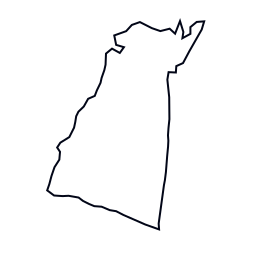 Sapucaia do Sul, Rio Grande do Sul, Brazil, rotated 84°
{"feature_id": "56859067B33945949443498", "entity_name": "Sapucaia do Sul", "entity_type": "district", "adm_level": 2, "iso_a3": "BRA", "parent_name": "Brazil", "parent_adm1": "Rio Grande do Sul", "projection": "robinson", "projection_center": [-51.141, -29.822], "detail": "fine", "context": "isolated", "style": "outline", "palette": "ink", "viewbox_px": 256, "rotation_deg": 84, "n_neighbors": 0, "source": "geoboundaries", "source_scale": "gbopen_adm2", "svg_char_len": 991}
<svg xmlns="http://www.w3.org/2000/svg" viewBox="0 0 256 256"><g transform="rotate(84 128 128)"><path d="M181.6,214.9L187.4,208.6L188.9,200.1L189.2,194.2L192.0,184.4L195.8,180.4L199.4,174.8L202.2,169.7L203.5,162.5L207.8,154.7L209.5,148.5L214.1,141.5L225.8,120.9L232.1,107.7L226.3,107.5L221.0,106.2L188.5,98.2L183.9,96.8L175.8,94.9L159.6,91.9L150.7,90.1L144.9,89.2L139.5,89.0L132.1,87.7L123.6,85.9L101.7,83.8L84.0,83.8L76.7,81.8L77.8,74.6L71.5,73.5L69.2,66.5L58.1,59.0L37.8,44.4L29.9,41.1L29.7,48.6L34.2,55.4L40.9,56.1L44.4,64.5L38.3,62.9L27.1,65.1L39.1,71.3L33.6,76.2L35.0,85.7L31.2,93.8L23.9,105.1L25.9,113.4L31.5,119.7L34.5,132.0L44.1,131.1L47.2,123.6L52.5,128.3L47.4,135.6L51.7,142.1L62.7,143.7L68.0,145.5L75.4,149.0L80.2,150.6L87.3,155.0L92.6,157.7L94.8,164.6L102.0,169.7L106.6,175.6L110.9,178.3L116.5,179.8L122.0,181.6L130.9,187.3L135.5,196.8L140.0,200.5L144.6,198.1L152.3,199.6L159.3,205.2L167.7,209.1L175.6,212.1L181.6,214.9Z" fill="none" stroke="#020617" stroke-width="2"/></g></svg>